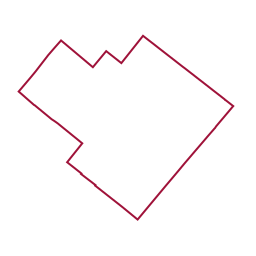 Balcarce, Buenos Aires, Argentina (Natural Earth projection), rotated 356°
{"feature_id": "61730980B79646305787935", "entity_name": "Balcarce", "entity_type": "district", "adm_level": 2, "iso_a3": "ARG", "parent_name": "Argentina", "parent_adm1": "Buenos Aires", "projection": "natural_earth1", "projection_center": [-58.205, -37.757], "detail": "fine", "context": "isolated", "style": "outline", "palette": "rose", "viewbox_px": 256, "rotation_deg": 356, "n_neighbors": 0, "source": "geoboundaries", "source_scale": "gbopen_adm2", "svg_char_len": 684}
<svg xmlns="http://www.w3.org/2000/svg" viewBox="0 0 256 256"><g transform="rotate(356 128 128)"><path d="M172.5,177.1L181.7,167.5L193.5,155.5L202.0,146.9L206.9,141.9L207.2,141.6L207.6,141.2L214.2,134.6L214.9,134.0L215.9,132.6L233.2,114.8L233.3,114.7L234.1,113.9L234.5,113.5L227.4,107.1L226.9,106.9L226.5,106.2L215.9,96.7L188.4,72.0L187.2,71.0L162.9,49.2L149.4,37.1L125.9,62.8L111.6,49.8L97.2,64.9L67.3,36.0L60.6,42.6L53.6,49.6L39.8,65.1L34.0,71.2L21.5,84.0L35.9,98.5L36.4,98.7L52.4,113.9L55.3,116.1L58.0,118.3L81.3,140.1L64.9,157.9L78.4,170.2L78.0,170.7L91.6,182.7L91.2,183.2L116.7,206.3L131.2,220.0L162.0,187.9L172.5,177.1Z" fill="none" stroke="#9f1239" stroke-width="2"/></g></svg>